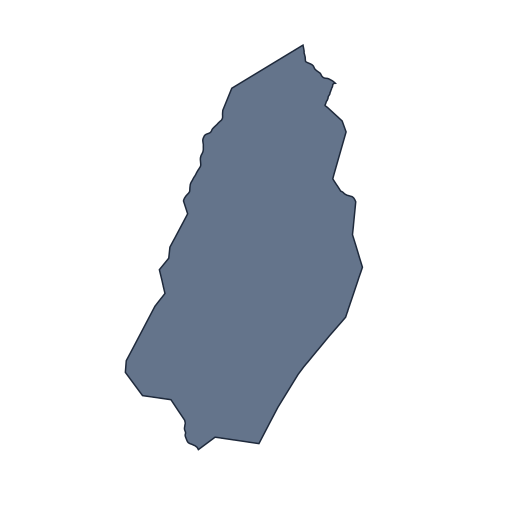 outline of Cecen-Uul, Dzavhan, Mongolia, rotated 137°
{"feature_id": "93677404B97327496831925", "entity_name": "Cecen-Uul", "entity_type": "district", "adm_level": 2, "iso_a3": "MNG", "parent_name": "Mongolia", "parent_adm1": "Dzavhan", "projection": "albers", "projection_center": [95.751, 48.577], "detail": "fine", "context": "isolated", "style": "filled", "palette": "slate", "viewbox_px": 512, "rotation_deg": 137, "n_neighbors": 0, "source": "geoboundaries", "source_scale": "gbopen_adm2", "svg_char_len": 4163}
<svg xmlns="http://www.w3.org/2000/svg" viewBox="0 0 512 512"><g transform="rotate(137 256 256)"><path d="M422.3,267.9L430.9,260.0L434.2,231.3L416.2,208.9L418.4,195.7L419.1,191.2L420.2,184.5L421.3,182.6L421.7,182.1L422.3,181.4L423.1,181.0L423.6,180.6L423.9,180.3L424.1,180.1L424.9,179.6L425.7,178.9L426.2,178.4L426.6,177.8L427.2,176.5L427.5,175.6L427.7,175.2L428.0,174.9L428.5,174.3L429.4,173.8L430.1,173.2L430.8,172.1L431.6,170.1L432.4,168.0L432.6,167.3L432.7,167.1L432.8,166.3L432.8,165.4L432.5,164.5L432.1,163.4L431.5,162.4L431.2,161.7L430.4,159.7L430.0,158.9L429.8,157.7L429.7,156.9L429.6,156.7L429.6,156.1L429.7,155.5L430.2,153.7L409.5,151.4L406.3,147.5L405.9,147.0L405.2,146.0L404.8,145.6L404.2,144.8L403.8,144.3L400.5,140.2L400.1,139.7L398.5,137.7L398.0,137.0L397.6,136.6L396.8,135.6L389.3,126.2L388.7,125.4L381.8,116.8L362.0,123.8L361.2,124.1L342.9,130.5L305.9,140.7L296.5,142.4L294.7,142.6L294.2,142.7L291.7,143.0L291.2,143.0L283.2,144.1L275.6,145.1L275.2,145.1L257.1,147.5L237.8,149.5L237.7,149.5L232.2,150.1L228.6,152.1L226.4,153.2L226.4,153.3L221.8,155.8L221.7,155.8L218.3,157.7L218.2,157.7L198.6,168.3L195.2,170.2L190.4,172.7L185.8,175.2L181.6,183.9L179.9,187.3L179.8,187.5L176.1,195.0L170.9,205.8L164.1,211.7L163.8,212.0L146.1,227.6L145.4,229.6L145.2,230.5L145.0,231.5L145.0,232.2L145.1,233.1L145.3,234.0L145.8,234.8L146.2,235.4L146.5,236.0L147.4,237.5L148.0,238.4L148.3,239.3L148.6,240.2L148.9,241.4L148.9,241.9L148.9,242.7L149.0,243.4L149.1,243.9L149.3,244.5L149.5,245.1L149.8,245.6L148.6,252.1L148.6,252.5L147.7,257.7L147.2,260.1L143.7,262.3L127.1,272.3L105.5,285.3L100.9,296.0L102.4,315.7L102.4,315.9L102.5,316.2L102.5,316.4L102.9,318.6L102.8,319.0L102.7,319.1L102.6,319.3L102.4,319.4L102.0,319.5L101.6,319.7L101.2,319.9L100.6,320.2L99.6,320.8L98.5,321.2L97.7,321.3L97.1,321.6L96.7,321.8L96.2,322.0L95.7,322.3L95.4,322.6L94.6,323.2L94.2,323.4L93.4,323.6L92.9,323.7L92.1,323.9L91.4,324.2L91.0,324.5L90.6,324.9L90.2,325.1L89.6,325.3L87.7,326.3L86.8,326.7L85.9,327.3L85.3,327.4L84.8,327.6L84.4,327.9L84.1,328.0L83.8,328.3L83.5,328.5L83.4,328.6L83.1,329.0L82.9,329.1L82.5,329.1L81.8,329.1L81.4,329.1L81.1,328.9L80.8,328.7L80.2,328.2L80.2,329.2L80.3,329.6L80.4,330.5L80.5,331.3L80.9,332.8L82.0,336.0L82.5,336.9L83.0,337.6L83.4,338.0L84.1,338.8L84.3,339.1L84.6,339.4L84.8,340.0L85.1,340.8L85.2,341.2L85.2,341.5L85.2,342.1L85.2,342.6L85.1,343.2L85.0,343.5L84.6,344.8L84.5,345.4L84.4,346.0L84.5,346.5L84.7,347.3L85.3,350.4L85.4,351.7L85.4,352.9L85.3,353.4L84.9,354.4L84.7,355.2L84.5,355.7L84.5,356.1L84.5,356.9L84.6,357.7L84.8,358.4L85.3,359.7L86.9,363.3L87.0,363.8L87.0,364.4L86.9,364.8L86.7,365.1L86.4,365.4L85.9,366.1L84.7,367.5L84.1,368.4L82.9,370.6L82.5,371.4L82.2,371.9L81.1,373.0L79.9,374.8L77.8,378.2L159.3,395.2L180.9,385.2L182.9,383.4L184.0,382.3L184.9,381.2L185.8,380.3L186.3,379.8L187.0,379.5L187.5,379.2L188.2,379.0L188.8,378.9L189.3,378.9L190.0,379.0L190.4,379.0L191.1,379.0L191.5,379.0L192.0,379.0L192.6,379.0L193.9,378.9L194.5,378.8L196.0,378.8L197.5,378.8L198.7,378.8L200.5,378.7L201.3,378.6L202.3,378.3L203.3,377.8L204.1,377.6L204.8,377.5L205.2,377.5L205.8,377.6L206.5,377.8L207.7,378.3L208.6,378.7L209.5,379.0L210.3,379.2L210.9,379.2L211.9,379.1L212.6,378.8L214.1,378.2L215.2,377.6L216.3,376.6L217.0,375.6L217.6,374.8L218.1,374.0L218.7,373.2L219.6,372.3L221.9,369.8L223.3,368.7L224.0,368.3L225.4,367.7L227.0,367.2L228.3,366.6L229.1,366.0L229.7,365.7L230.5,364.9L231.1,364.3L231.7,363.5L232.8,362.1L233.9,360.7L234.4,360.2L235.0,359.7L235.6,359.4L236.5,359.1L237.8,358.8L238.8,358.5L239.5,358.4L242.5,357.5L244.8,356.6L246.2,356.2L247.6,355.9L248.9,355.5L250.3,355.0L250.8,354.8L252.6,354.3L253.5,354.0L254.4,353.6L255.6,352.9L256.0,352.5L256.5,352.1L258.0,350.8L259.0,349.8L260.2,348.7L260.9,348.3L261.7,348.1L262.7,347.9L263.8,347.9L264.9,347.8L266.1,347.7L266.8,347.6L267.8,347.3L268.8,347.1L269.7,346.7L270.6,346.3L271.5,345.7L277.2,333.5L279.1,332.8L304.6,324.0L305.0,323.9L312.9,321.2L321.3,313.9L336.0,311.9L341.8,301.6L343.7,298.4L343.8,298.1L344.3,297.4L348.1,290.7L350.6,290.3L351.2,290.2L353.5,289.8L354.0,289.8L364.1,288.2L408.1,272.8L410.4,272.0L422.3,267.9Z" fill="#64748b" stroke="#1e293b" stroke-width="1.5"/></g></svg>